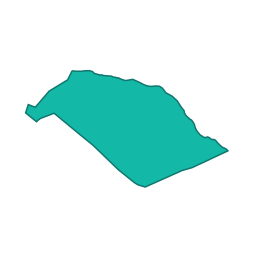 San Juan Evangelista Analco, Oaxaca, Mexico (Equal Earth projection), rotated 20°
{"feature_id": "50627088B78220950285189", "entity_name": "San Juan Evangelista Analco", "entity_type": "district", "adm_level": 2, "iso_a3": "MEX", "parent_name": "Mexico", "parent_adm1": "Oaxaca", "projection": "equal_earth", "projection_center": [-96.534, 17.4], "detail": "fine", "context": "isolated", "style": "filled", "palette": "teal", "viewbox_px": 256, "rotation_deg": 20, "n_neighbors": 0, "source": "geoboundaries", "source_scale": "gbopen_adm2", "svg_char_len": 1444}
<svg xmlns="http://www.w3.org/2000/svg" viewBox="0 0 256 256"><g transform="rotate(20 128 128)"><path d="M39.9,153.4L40.9,151.3L42.5,148.9L48.8,143.5L53.5,139.4L84.1,150.3L91.9,153.0L101.3,156.3L128.5,168.4L133.4,170.6L147.8,175.5L152.7,177.2L156.9,178.0L164.3,177.6L176.4,165.9L193.2,149.6L201.8,143.3L229.7,115.3L229.1,115.0L228.9,114.9L227.9,114.3L225.6,113.9L224.4,114.0L223.2,113.8L220.2,112.7L219.8,112.5L216.8,111.0L216.4,110.8L215.1,110.0L214.5,109.8L213.6,109.4L212.7,109.4L210.5,110.2L207.9,109.3L206.1,109.1L203.3,110.8L202.1,110.8L200.9,110.4L198.1,109.8L196.8,109.0L196.5,108.9L193.7,107.2L191.1,104.8L189.1,101.9L188.2,101.1L186.2,99.6L185.6,99.2L184.8,98.7L184.0,98.8L181.0,97.7L180.6,97.4L179.4,97.1L178.0,96.3L176.9,95.3L175.9,94.5L174.7,92.5L172.5,91.2L169.7,89.3L168.3,88.2L166.3,86.7L165.0,85.7L163.8,85.2L162.9,84.8L160.5,83.9L159.8,83.5L158.9,83.1L157.5,82.8L152.5,82.1L151.3,81.8L146.7,78.8L145.0,78.4L143.3,78.0L140.0,78.9L138.7,79.5L135.3,81.1L132.5,81.7L130.7,81.9L130.2,81.8L128.2,81.9L124.1,81.3L117.9,80.8L117.1,80.8L116.1,80.6L115.4,81.0L114.4,81.4L112.0,82.9L109.3,84.3L105.5,84.5L101.9,84.2L101.6,84.4L98.1,84.8L96.7,85.2L94.9,84.9L86.5,87.2L85.6,86.9L83.8,87.7L83.0,87.8L82.2,87.9L77.7,88.2L75.3,87.1L75.0,87.2L72.1,87.3L67.7,89.1L64.1,90.9L62.2,91.5L59.3,92.6L56.5,93.2L55.9,93.8L54.8,103.4L41.3,120.3L33.8,140.2L26.3,140.1L26.6,148.8L39.9,153.4Z" fill="#14b8a6" stroke="#0f766e" stroke-width="1.5"/></g></svg>